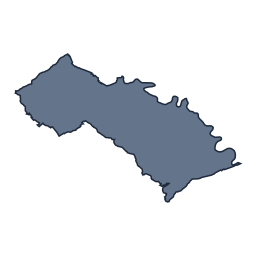 the district of Farcasesti, Gorj, Romania
{"feature_id": "2599482B37967446659038", "entity_name": "Farcasesti", "entity_type": "district", "adm_level": 2, "iso_a3": "ROU", "parent_name": "Romania", "parent_adm1": "Gorj", "projection": "natural_earth1", "projection_center": [23.175, 44.859], "detail": "fine", "context": "isolated", "style": "filled", "palette": "slate", "viewbox_px": 256, "rotation_deg": 0, "n_neighbors": 0, "source": "geoboundaries", "source_scale": "gbopen_adm2", "svg_char_len": 5763}
<svg xmlns="http://www.w3.org/2000/svg" viewBox="0 0 256 256"><path d="M240.6,163.6L238.2,162.6L236.9,163.1L235.7,164.0L233.0,165.0L232.5,165.0L232.0,164.6L231.7,163.1L231.8,161.8L232.2,161.2L234.7,158.8L235.2,157.5L235.4,154.7L235.0,152.5L234.2,150.7L233.5,150.1L231.5,148.7L229.9,148.3L227.6,148.5L222.6,151.3L221.4,151.7L220.0,151.9L218.7,151.8L217.4,151.3L215.5,150.1L214.9,148.8L214.9,148.1L215.3,145.3L216.2,143.1L218.1,141.2L219.9,140.6L220.9,140.1L221.4,139.1L221.4,138.5L221.1,137.7L220.7,137.3L219.8,137.0L215.1,137.3L211.7,135.7L210.8,135.0L210.2,133.9L210.2,132.7L210.7,131.9L212.8,129.5L213.2,127.8L213.1,127.3L212.6,126.8L211.2,125.9L206.7,125.9L205.1,125.1L204.6,124.7L202.8,122.0L199.6,118.8L198.7,117.6L198.3,116.5L198.3,114.7L198.0,113.9L197.5,113.4L197.0,113.1L194.9,113.1L193.9,112.7L193.4,112.1L192.8,111.7L190.0,111.2L189.1,110.5L187.3,108.5L186.8,107.3L186.7,106.1L187.0,105.3L188.1,103.3L187.7,101.9L186.8,100.5L186.7,99.4L186.3,98.5L185.4,98.6L184.7,98.9L183.8,99.6L182.8,100.1L182.0,100.9L181.5,102.1L180.7,105.3L180.2,106.2L178.9,106.9L178.0,106.8L176.8,106.1L176.4,105.1L176.5,103.1L177.5,101.3L177.7,100.6L177.8,98.4L177.7,97.6L176.4,96.7L175.2,96.3L173.6,96.4L173.0,97.0L172.5,98.1L172.3,100.0L171.0,102.1L168.1,103.2L166.1,104.4L164.8,104.5L162.8,104.0L160.0,102.8L158.1,102.2L157.5,101.1L157.4,98.4L157.1,97.7L156.0,96.7L155.3,96.3L153.7,96.0L149.5,94.2L147.2,92.3L145.7,91.6L144.4,90.4L143.9,89.6L143.8,88.9L143.9,88.5L145.2,87.8L149.1,86.9L152.1,86.7L154.5,85.9L154.8,85.8L155.1,85.2L154.7,84.4L152.7,83.2L151.2,82.9L142.0,82.7L140.6,81.9L137.7,79.2L136.4,79.1L135.7,79.3L135.2,79.7L133.4,81.7L132.6,82.3L132.0,82.5L130.8,82.5L128.4,83.5L126.2,83.6L124.8,83.1L124.2,82.6L123.3,79.5L123.6,78.3L123.5,77.5L123.3,76.9L122.5,76.3L122.1,76.2L121.6,77.2L121.1,77.7L118.5,77.7L117.2,78.0L117.2,78.5L117.4,79.2L117.2,80.0L116.7,80.6L116.3,82.1L115.3,82.9L109.8,85.2L107.7,85.6L106.8,86.0L102.7,83.6L101.7,83.3L101.8,83.1L100.3,82.3L100.2,82.5L100.4,82.9L98.9,81.9L98.5,81.3L98.6,81.1L98.3,81.2L98.2,80.9L98.1,80.5L98.3,80.2L98.1,77.8L97.3,77.6L95.1,75.5L94.5,75.5L94.0,76.2L93.4,75.9L93.5,75.5L93.2,75.4L93.2,74.9L92.9,74.1L92.7,74.0L92.4,74.3L91.1,73.8L91.6,72.8L83.7,69.7L81.1,68.9L78.9,67.7L78.5,68.0L77.7,67.8L76.8,66.9L75.9,66.5L75.6,66.6L75.2,66.2L74.8,66.4L71.7,63.6L72.1,63.2L72.5,62.7L70.2,56.8L69.8,56.7L69.5,56.2L69.6,55.9L69.4,55.4L69.2,55.3L68.7,55.6L68.2,55.0L68.2,54.5L68.6,54.1L67.9,54.4L67.6,54.1L64.8,55.5L64.3,56.0L62.4,57.2L61.2,57.5L59.4,59.1L58.0,61.2L57.4,62.5L56.6,63.1L55.7,64.3L53.0,65.2L51.9,66.6L50.8,67.2L50.2,68.4L48.9,69.5L46.9,70.8L46.0,71.0L44.2,72.0L42.5,72.3L39.7,73.6L36.2,77.9L35.2,78.7L32.0,80.4L31.8,81.1L31.6,84.0L29.9,84.2L28.3,84.8L26.1,86.1L23.1,87.1L21.5,88.5L20.1,89.0L19.2,90.0L17.9,90.8L15.6,90.9L15.7,92.4L15.4,93.2L16.5,93.3L17.5,94.5L18.7,94.8L20.3,95.6L20.4,96.3L20.2,96.7L20.2,97.6L20.5,98.3L20.6,99.0L20.2,101.1L20.4,101.2L20.6,102.0L21.1,102.9L21.7,103.6L23.4,104.6L23.8,105.4L25.2,106.6L25.4,107.7L25.2,108.7L25.4,110.3L25.3,110.8L25.8,111.2L26.9,112.8L26.4,114.0L27.6,114.2L28.8,114.7L28.8,114.4L28.3,113.7L29.3,113.2L29.8,114.3L31.0,115.1L31.2,116.2L31.1,117.1L31.2,117.5L32.2,117.5L32.2,118.1L32.0,118.5L33.0,119.5L33.5,120.2L34.0,119.8L35.7,120.4L36.9,121.6L39.4,122.9L39.0,124.2L37.3,124.9L39.2,126.6L42.9,123.2L43.2,124.0L44.6,124.8L45.1,125.3L47.6,125.8L49.9,127.3L50.3,127.2L50.8,127.4L50.9,127.7L51.8,126.9L52.7,127.0L52.9,127.2L52.9,127.6L53.3,127.9L57.2,132.7L59.1,136.1L63.5,133.4L64.3,133.7L65.1,133.1L67.2,132.1L68.5,131.9L70.2,132.2L71.5,131.8L72.8,130.7L75.8,130.2L75.9,129.7L76.2,129.3L77.3,128.6L77.8,128.0L78.4,127.9L79.9,127.2L80.0,126.8L80.8,126.1L80.3,125.4L82.4,123.8L83.2,123.8L81.9,122.5L83.4,121.3L84.2,121.6L84.7,121.4L85.3,120.8L86.3,121.3L88.2,122.7L88.3,122.6L90.2,123.7L91.1,124.4L91.9,125.6L93.5,127.0L93.6,126.8L94.1,127.3L96.1,128.5L97.1,129.8L97.3,131.0L98.1,132.3L99.0,132.7L99.4,133.1L100.0,133.2L102.2,134.9L103.2,135.4L105.4,137.3L106.3,137.6L107.8,137.6L108.7,137.9L109.2,138.0L109.6,137.8L110.4,137.8L111.2,138.2L112.1,139.5L114.1,139.5L113.6,139.9L114.1,140.7L113.9,142.7L114.5,143.4L115.0,144.4L115.9,145.3L117.5,145.9L118.0,146.4L119.1,146.5L122.2,147.3L126.0,151.2L126.9,151.5L127.2,152.5L127.9,152.9L131.0,153.8L133.6,154.2L133.9,154.8L134.5,155.4L135.0,156.5L135.2,157.8L136.0,158.9L135.8,160.4L136.1,161.5L137.4,164.0L137.4,164.9L138.3,166.1L140.1,167.2L140.7,167.9L141.7,168.7L142.1,169.3L142.4,170.3L142.6,171.6L141.9,172.8L142.5,174.4L142.9,174.6L143.0,175.0L143.9,174.2L144.4,174.6L145.3,173.9L146.0,173.7L150.4,175.5L151.2,176.6L151.2,178.3L151.9,179.4L152.7,179.8L152.9,179.6L153.7,180.4L155.6,181.5L157.4,181.7L158.5,181.4L159.0,182.0L159.1,182.4L160.2,183.5L161.0,183.5L161.2,183.8L160.9,184.5L159.9,185.2L162.0,186.3L163.7,185.1L163.9,185.3L164.0,185.1L164.7,185.7L164.8,185.6L164.9,185.1L165.4,185.0L166.2,185.2L166.6,184.9L166.5,184.4L167.0,184.3L167.0,184.0L166.5,183.6L166.9,183.2L167.8,184.0L168.8,183.3L169.1,183.5L166.8,185.3L163.1,187.4L162.6,189.4L162.7,190.8L163.4,192.4L163.7,192.8L166.3,193.5L166.0,194.3L166.4,194.7L166.1,195.5L165.0,196.7L164.6,197.0L165.4,198.4L165.0,198.7L165.3,199.2L165.0,199.5L165.8,201.1L166.1,201.4L166.6,201.4L167.4,201.9L169.1,201.5L169.3,200.6L170.2,199.4L172.8,197.4L173.4,196.7L173.8,195.2L174.2,194.4L175.3,193.2L175.8,192.2L176.5,191.9L177.8,191.9L178.9,191.3L180.1,191.0L181.1,190.6L182.3,189.3L186.2,186.2L187.0,185.0L187.3,184.2L187.8,183.6L189.1,182.7L190.2,180.9L191.5,179.9L192.1,179.1L198.1,178.8L200.3,178.2L201.8,177.4L211.6,175.1L213.1,174.3L213.9,174.1L215.3,172.8L220.6,170.1L221.7,170.7L222.4,169.9L223.3,169.2L224.1,169.7L224.7,169.2L225.8,169.2L226.3,169.0L233.7,166.3L235.7,165.2L237.4,165.1L240.6,163.6Z" fill="#64748b" stroke="#1e293b" stroke-width="1.5"/></svg>